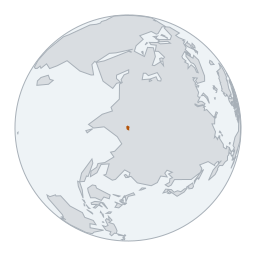 globe centered on Lumbini, rotated 78°
{"feature_id": "NPL-1127", "entity_name": "Lumbini", "entity_type": "Administrative Zone", "adm_level": 1, "iso_a3": "NPL", "parent_name": "Nepal", "parent_adm1": "", "projection": "orthographic", "projection_center": [83.543, 27.795], "detail": "fine", "context": "on_globe", "style": "filled", "palette": "amber", "viewbox_px": 256, "rotation_deg": 78, "n_neighbors": 0, "source": "natural_earth", "source_scale": "10m", "svg_char_len": 10861}
<svg xmlns="http://www.w3.org/2000/svg" viewBox="0 0 256 256"><g transform="rotate(78 128 128)"><circle cx="128" cy="128" r="113" fill="#eef3f6" stroke="#a8b0b8"/><path d="M164.4,21.4L170.4,24.7L175.5,27.1L171.9,25.8L183.6,31.6L188.9,35.7L181.0,30.4L178.7,29.3L181.3,31.6L179.5,31.1L179.7,32.0L177.3,31.3L172.9,28.6L171.2,28.2L173.2,29.8L172.0,30.4L169.4,28.0L167.1,28.9L159.2,25.2L154.1,20.6L147.8,19.1L137.3,16.3L136.3,16.5L131.7,15.9L128.9,16.1L127.7,15.8L126.4,16.2L128.0,16.4L128.0,16.7L126.4,16.9L124.7,16.5L125.2,16.4L123.9,16.4L123.7,16.1L123.0,16.4L121.1,16.0L120.7,16.7L117.2,16.7L116.6,16.5L119.7,16.0L124.5,15.4L132.7,15.5L140.7,16.1L148.8,17.3L156.7,19.1L164.4,21.4ZM110.3,16.8L111.5,16.6L108.0,17.2L103.4,18.1L101.8,18.4L110.3,16.8ZM99.2,19.1L98.6,19.3L94.4,20.5L99.2,19.1ZM179.5,29.1L177.9,28.0L180.1,29.3L179.5,29.1ZM180.2,32.2L181.2,32.8L180.9,33.0L180.2,32.2ZM113.3,16.3L112.5,16.5L112.5,16.4L113.3,16.3ZM115.1,16.1L115.8,16.0L116.8,15.9L116.3,16.0L115.1,16.1ZM177.0,32.3L176.1,32.7L176.2,31.8L177.0,32.3ZM114.0,16.3L118.3,15.8L119.9,15.7L119.5,15.9L114.0,16.3ZM175.1,32.7L173.2,34.0L175.3,35.2L168.2,32.9L172.2,32.3L172.0,30.9L173.4,32.1L175.1,32.7ZM129.2,16.4L127.4,16.2L130.3,16.3L129.2,16.4ZM131.0,16.5L140.0,16.9L141.8,17.6L138.4,17.2L141.9,18.2L138.4,18.3L135.7,17.8L135.2,17.2L134.2,17.7L131.0,16.5ZM164.5,31.5L163.4,31.6L163.7,31.0L164.5,31.5ZM128.2,16.9L129.8,16.8L131.5,17.4L128.5,17.6L128.9,17.4L128.2,16.9ZM144.5,18.5L145.2,19.1L142.6,19.3L142.5,19.6L138.5,18.4L144.5,18.5ZM127.8,17.3L127.0,17.8L124.8,17.8L126.7,17.0L127.8,17.3ZM133.2,17.5L133.8,17.8L132.5,17.7L133.2,17.5ZM116.5,18.2L118.4,17.9L119.5,18.2L116.5,18.2ZM126.8,18.0L127.6,18.0L128.2,18.1L127.2,18.5L126.8,18.0ZM136.9,18.7L135.6,18.7L138.4,19.2L136.6,19.5L134.2,18.7L134.4,19.2L133.8,19.3L132.5,18.5L136.9,18.7ZM128.1,19.2L124.5,18.5L120.7,18.9L119.6,18.7L125.9,18.1L128.1,19.2ZM130.8,18.8L128.9,19.0L128.6,18.5L129.7,18.1L130.8,18.8ZM136.1,20.1L139.6,19.8L140.0,20.0L136.1,20.1ZM127.1,19.4L128.0,19.5L126.8,19.4L127.1,19.4ZM133.4,19.9L134.6,19.7L135.0,20.0L133.4,19.9ZM128.8,20.1L127.6,19.8L128.4,19.5L128.8,20.1ZM131.0,20.1L131.3,20.5L129.3,19.6L131.4,19.9L131.0,20.1ZM133.6,20.2L134.3,20.2L133.1,20.2L133.6,20.2ZM126.8,21.6L124.2,20.5L125.7,19.8L128.1,20.8L126.8,21.6ZM22.4,88.9L22.5,88.6L25.2,82.0L36.6,70.2L36.2,73.8L41.9,79.0L42.1,80.8L38.4,85.2L40.2,97.3L44.4,94.7L49.2,103.0L54.3,105.8L61.5,97.1L53.2,92.1L54.8,86.5L63.9,86.4L71.6,91.2L72.5,89.2L70.1,82.5L74.5,80.3L69.6,80.0L69.7,82.6L66.6,82.6L66.4,80.3L67.9,79.5L66.3,77.5L59.3,82.3L58.6,85.4L52.9,83.1L51.2,88.2L48.7,89.3L50.6,81.1L52.4,78.9L53.9,68.9L51.5,71.0L50.0,80.6L49.3,79.2L46.0,82.6L48.0,78.9L50.3,68.3L46.9,66.3L37.9,71.7L36.8,70.3L38.0,66.4L45.8,58.0L47.3,62.1L50.1,59.6L53.7,54.3L53.8,56.1L55.5,54.6L56.5,56.1L61.6,54.4L63.2,55.7L68.9,51.7L70.5,52.0L66.7,54.2L64.8,56.6L69.2,60.4L71.1,60.1L74.5,57.3L75.2,58.9L77.9,55.8L82.2,56.9L79.3,53.1L83.1,50.2L87.7,49.3L88.5,47.8L81.0,49.3L78.5,50.6L77.2,52.8L69.9,56.4L67.6,55.9L73.2,49.9L70.6,48.7L76.1,44.9L93.0,42.3L98.1,43.3L98.8,50.8L95.5,52.0L93.6,49.8L92.0,54.5L93.7,52.8L94.4,54.3L98.2,52.4L98.9,53.3L101.5,49.9L102.7,50.9L101.0,53.1L107.8,51.5L111.3,53.2L112.5,52.5L112.8,51.1L117.1,54.5L117.8,53.8L116.7,52.4L117.4,50.1L120.3,47.6L121.6,48.9L120.7,50.0L120.9,54.4L118.4,57.4L119.2,57.7L121.7,55.4L121.5,50.0L122.9,48.1L123.4,50.5L123.3,49.5L124.4,49.0L126.7,49.8L126.3,47.2L136.5,41.1L142.0,42.4L141.4,45.0L149.9,43.2L155.4,45.5L154.4,44.1L157.8,42.8L156.1,42.0L155.8,41.2L163.7,38.2L166.6,38.7L168.8,36.5L168.3,35.9L166.3,35.3L168.2,32.9L175.3,35.2L176.2,36.5L180.1,37.4L181.5,40.2L184.4,43.3L183.7,46.4L186.1,48.8L187.3,48.9L191.6,52.5L195.9,60.1L186.8,53.4L179.3,43.4L181.9,47.2L179.6,46.3L179.6,47.8L181.5,50.7L182.8,51.0L177.5,56.6L179.0,65.5L182.9,64.2L186.4,66.3L191.5,76.9L188.1,93.3L192.8,97.6L193.8,100.8L191.3,103.4L189.8,98.7L186.3,97.6L185.9,94.8L181.4,97.9L180.5,93.9L177.4,98.6L179.8,101.4L184.0,99.9L181.8,106.0L187.5,110.7L189.3,117.3L183.6,130.3L176.0,135.1L175.8,137.3L172.2,135.4L168.3,140.0L175.7,150.9L175.8,154.2L169.0,161.4L168.7,159.0L159.2,153.9L158.0,161.9L165.3,167.7L167.8,174.9L162.5,173.1L159.9,166.8L156.5,164.8L157.0,157.9L153.4,147.8L148.0,150.1L148.0,145.9L142.2,137.4L134.3,140.3L121.9,151.1L120.9,161.6L116.3,165.9L109.2,150.3L108.1,139.7L104.2,140.3L98.0,130.5L83.3,127.2L82.4,124.2L79.4,124.8L75.2,120.8L74.3,115.9L71.2,115.2L73.9,128.2L77.3,129.0L81.9,125.6L81.9,129.9L86.1,134.7L77.0,142.7L57.3,145.4L57.4,137.3L53.1,111.6L54.4,109.4L54.4,109.2L54.5,108.6L52.0,111.9L51.9,107.0L52.0,124.1L51.1,130.7L57.0,145.8L55.9,146.6L58.4,150.1L68.9,150.6L68.5,153.1L62.3,163.2L49.5,173.6L52.4,184.3L53.6,192.3L48.3,194.3L51.5,200.7L49.2,201.1L50.8,204.3L50.5,206.3L49.0,206.9L43.4,202.2L40.9,199.0L34.8,190.6L25.4,172.2L24.5,166.4L23.1,160.3L19.3,143.7L20.0,137.3L19.6,133.2L18.3,131.8L18.0,126.9L17.5,125.4L15.7,119.0L15.9,116.5L17.3,107.1L19.5,97.9L22.4,88.9ZM29.4,78.2L28.3,79.9L28.3,80.0L29.4,78.2ZM77.6,101.6L83.7,104.1L84.6,97.0L87.0,97.5L86.5,95.0L84.7,96.5L83.8,89.9L87.8,89.1L88.9,86.2L86.9,85.3L79.9,87.9L81.0,97.2L78.1,99.2L77.6,101.6ZM63.6,45.7L62.7,47.2L60.5,48.5L58.5,47.7L61.7,45.8L63.6,45.7ZM61.9,49.3L68.0,44.0L69.5,44.6L67.6,45.1L68.0,46.0L65.1,47.1L60.5,53.2L58.2,54.8L55.8,51.9L57.9,51.8L58.7,50.2L61.9,49.3ZM81.1,32.1L83.7,30.6L83.4,33.7L81.0,34.8L78.9,33.9L80.5,32.0L81.1,32.1ZM112.3,17.2L113.4,16.9L113.9,17.0L113.4,17.2L112.3,17.2ZM117.3,18.1L108.3,18.6L109.0,18.3L102.9,19.4L102.4,19.0L106.4,18.2L101.4,18.9L104.9,18.1L101.3,18.7L110.2,17.0L113.1,16.5L110.1,17.2L110.4,17.5L111.5,17.5L116.5,17.3L122.9,16.7L124.3,17.2L123.5,17.7L122.2,17.9L121.7,17.5L120.3,18.1L118.6,17.6L117.3,18.1ZM114.2,27.5L114.2,26.2L111.0,28.7L109.3,27.7L109.1,28.1L106.6,27.9L103.2,28.5L102.9,27.9L101.7,28.4L100.0,28.4L98.3,28.9L97.1,28.1L94.8,28.7L95.5,28.0L92.0,29.4L94.1,28.1L92.2,28.2L91.2,29.4L88.9,25.4L86.4,25.2L83.1,25.9L87.1,23.9L92.7,22.2L98.5,21.1L100.4,21.8L101.9,21.0L103.2,21.1L101.5,21.7L104.9,20.9L105.6,21.2L110.7,21.2L115.3,20.1L117.3,20.2L115.8,20.8L118.8,20.5L117.4,21.7L118.8,21.9L118.8,23.4L115.1,24.7L117.0,24.8L117.1,26.2L114.2,27.5ZM126.7,22.0L122.7,23.4L119.8,23.6L121.0,20.9L119.9,20.6L120.6,19.2L124.8,18.9L124.2,19.3L124.6,19.7L123.2,19.6L124.6,19.9L123.9,20.6L124.8,21.0L123.3,21.3L126.7,22.0ZM44.2,80.0L44.7,80.9L45.9,81.8L43.9,84.1L44.2,80.0ZM45.7,72.7L46.4,73.0L44.1,76.4L43.6,75.5L45.7,72.7ZM48.8,70.5L46.6,72.8L47.5,71.1L48.8,70.5ZM67.5,54.4L68.6,54.7L67.9,55.5L66.4,56.2L67.5,54.4ZM104.4,35.8L104.9,34.7L105.7,34.7L108.6,32.7L110.1,33.5L108.9,34.9L104.4,35.8ZM59.0,97.9L56.4,98.9L56.1,97.6L57.0,97.5L59.0,97.9ZM48.9,91.3L50.3,94.0L48.3,91.9L48.9,91.3ZM106.6,36.3L107.6,35.3L107.7,36.3L106.6,36.3ZM111.4,33.9L111.8,34.9L110.7,33.3L111.4,33.9ZM109.2,236.4L111.3,237.1L109.4,236.9L109.2,236.4ZM68.7,196.6L67.3,208.3L63.1,206.8L60.5,202.6L59.8,195.0L64.2,194.3L65.8,191.2L68.7,196.6ZM192.4,186.8L195.1,186.4L195.0,186.9L192.4,186.8ZM189.6,186.0L192.8,185.3L188.9,187.1L189.6,186.0ZM194.0,185.1L197.3,183.3L198.7,182.2L198.4,183.2L194.0,185.1ZM187.3,186.5L174.7,188.7L169.6,188.3L170.9,186.5L179.2,185.6L187.3,186.5ZM170.5,186.5L162.5,182.8L150.8,169.7L155.0,169.7L167.1,177.1L166.3,178.6L171.2,181.8L170.5,186.5ZM189.4,174.6L188.5,179.1L181.7,180.1L178.5,180.0L176.3,174.7L177.6,171.6L180.2,171.3L189.9,159.4L193.3,161.1L190.5,166.0L193.3,169.2L189.4,174.6ZM121.4,162.7L124.3,168.9L121.8,169.8L121.4,162.7ZM193.3,151.4L189.7,156.8L192.9,150.0L193.3,151.4ZM194.9,145.3L195.4,147.5L193.6,145.7L194.9,145.3ZM176.1,140.5L173.3,141.5L173.0,139.8L176.4,137.7L176.1,140.5ZM190.6,122.9L191.4,127.7L191.2,129.5L189.5,126.8L190.6,122.9ZM120.9,43.3L115.1,44.9L111.9,47.1L111.7,49.5L109.5,47.0L114.4,43.7L120.9,43.3ZM134.5,41.1L134.6,39.3L136.2,39.8L136.4,40.3L134.5,41.1ZM133.4,40.2L130.5,38.5L131.7,37.3L133.7,38.9L133.4,40.2ZM118.3,36.9L116.5,37.2L116.5,36.4L118.3,36.9ZM201.8,213.1L202.8,212.2L203.9,211.2L201.8,213.1ZM209.5,205.7L205.8,209.4L206.1,209.0L204.1,210.9L202.5,211.9L203.8,209.3L201.7,211.2L204.8,207.9L201.2,211.3L201.5,209.7L199.1,210.2L180.2,220.7L176.7,221.1L178.9,218.7L178.3,212.8L179.5,212.6L180.3,208.0L192.3,200.9L201.3,190.2L206.4,188.9L211.2,181.2L216.0,179.4L213.7,185.1L217.7,185.8L222.9,173.1L222.8,183.0L224.0,184.8L221.4,190.8L210.7,204.5L209.5,205.7ZM236.3,157.3L236.6,156.4L236.5,156.7L236.3,157.3ZM199.1,185.4L203.1,181.0L205.1,180.1L199.1,185.4ZM236.3,156.5L235.8,157.1L235.9,156.4L236.3,156.5ZM236.5,154.9L236.6,154.1L236.6,155.7L236.5,154.9ZM235.8,154.3L236.3,155.0L235.7,154.6L235.8,154.3ZM235.4,155.1L234.9,155.0L235.0,154.7L235.4,155.1ZM228.0,163.0L230.0,166.4L228.0,167.9L225.8,166.3L223.4,170.8L218.2,173.1L219.7,170.5L219.2,167.8L213.4,169.2L212.2,167.7L214.4,165.5L210.3,165.5L214.8,162.8L216.5,166.2L219.0,161.9L222.9,160.7L226.3,160.1L228.8,161.4L228.0,163.0ZM214.5,171.8L215.2,171.5L214.5,173.0L214.5,171.8ZM234.1,154.0L234.7,155.1L234.6,155.7L234.2,155.8L234.1,154.0ZM229.4,160.2L232.2,154.9L232.7,154.4L230.8,159.6L229.4,160.2ZM231.7,153.2L232.8,152.7L233.2,154.1L233.0,154.8L231.7,153.2ZM205.4,171.5L205.1,172.7L203.9,172.2L205.4,171.5ZM207.0,170.3L210.6,170.3L206.6,171.4L207.0,170.3ZM195.2,169.7L196.4,172.2L200.1,169.4L197.3,172.7L199.6,176.5L198.7,178.4L196.4,174.2L195.3,179.4L193.6,179.7L192.9,175.7L194.7,170.1L196.3,167.5L202.9,164.7L195.2,169.7ZM207.0,167.0L206.0,164.1L206.7,161.7L207.8,163.1L207.0,167.0ZM202.8,157.2L199.8,154.2L197.4,156.4L202.1,149.7L204.2,153.6L202.8,157.2ZM199.9,149.6L197.6,151.5L199.8,147.7L199.9,149.6ZM196.9,150.4L196.4,147.8L198.3,147.7L196.9,150.4ZM201.1,149.3L201.1,144.7L202.3,147.1L201.1,149.3ZM194.9,142.0L199.5,145.3L193.9,144.8L192.5,136.1L194.8,135.3L194.9,142.0ZM200.0,102.9L198.8,100.5L200.5,99.4L200.9,101.3L200.0,102.9ZM205.0,94.2L200.6,98.3L196.9,101.9L198.6,102.7L198.8,107.2L195.6,103.9L197.3,98.3L200.4,96.3L199.7,92.6L201.3,89.5L199.2,85.3L199.5,83.1L202.3,86.4L205.0,94.2ZM198.2,83.6L195.2,76.1L198.9,76.1L200.4,77.7L200.2,81.1L198.3,80.9L198.2,83.6ZM195.6,74.4L193.6,74.2L185.2,64.7L184.3,62.7L192.7,69.5L191.4,69.8L192.8,72.3L195.6,74.4ZM164.3,32.2L163.5,31.6L164.7,31.9L164.3,32.2ZM154.8,40.9L154.7,39.9L156.2,40.2L154.8,40.9ZM155.2,37.5L153.6,37.9L154.7,37.0L155.2,37.5ZM150.1,38.8L152.7,37.7L151.0,39.6L150.1,38.8Z" fill="#d9dde1" stroke="#a8b0b8" stroke-width="1"/><path d="M128.7,128.7L128.6,128.8L128.2,128.7L127.9,128.6L127.7,128.6L127.7,128.8L127.4,128.8L127.3,128.7L127.1,128.7L126.9,128.6L126.6,128.6L126.5,128.3L126.5,128.2L126.8,128.0L126.7,128.0L126.6,127.9L126.8,127.8L127.0,127.7L127.1,127.4L127.1,127.2L127.3,127.1L127.5,127.2L127.7,127.3L127.8,127.3L128.0,127.4L128.0,127.5L127.9,127.7L127.9,127.8L127.9,127.7L128.0,127.7L128.1,127.8L128.3,127.8L128.5,127.8L128.8,127.8L129.0,127.9L129.3,127.9L129.3,128.0L129.5,128.0L129.4,128.2L129.3,128.3L129.2,128.3L129.0,128.5L128.9,128.5L128.7,128.5L128.7,128.7Z" fill="#f59e0b" stroke="#b45309" stroke-width="1.5"/></g></svg>